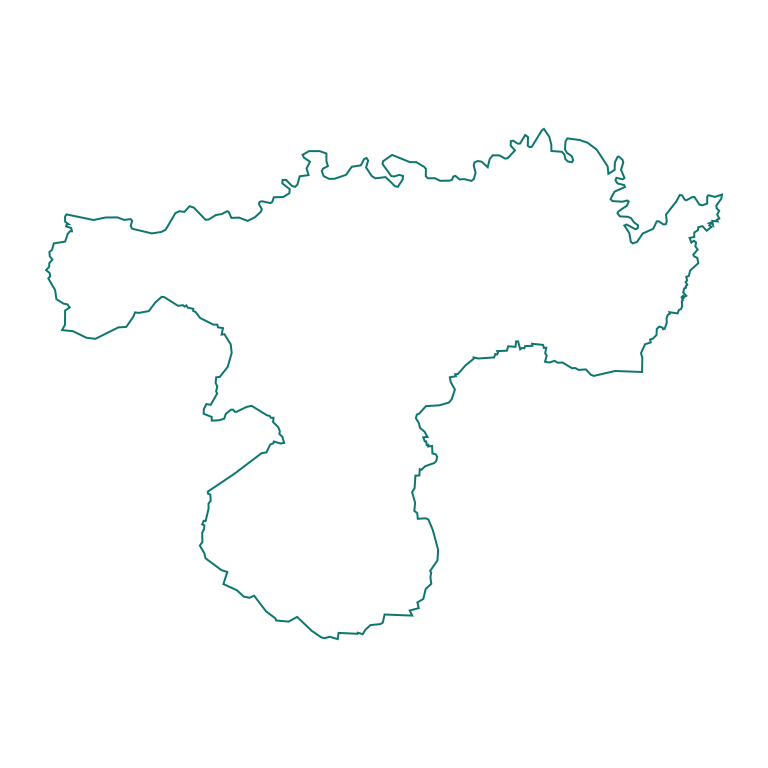 the district of Mueang Maha Sarakham, Maha Sarakham, Thailand
{"feature_id": "78962969B99626144769270", "entity_name": "Mueang Maha Sarakham", "entity_type": "district", "adm_level": 2, "iso_a3": "THA", "parent_name": "Thailand", "parent_adm1": "Maha Sarakham", "projection": "orthographic", "projection_center": [103.336, 16.105], "detail": "fine", "context": "isolated", "style": "outline", "palette": "teal", "viewbox_px": 768, "rotation_deg": 0, "n_neighbors": 0, "source": "geoboundaries", "source_scale": "gbopen_adm2", "svg_char_len": 6093}
<svg xmlns="http://www.w3.org/2000/svg" viewBox="0 0 768 768"><path d="M275.4,618.4L276.2,620.5L288.6,621.6L297.1,616.9L311.8,630.9L321.5,637.5L324.7,638.1L329.8,636.8L337.7,639.1L338.6,632.9L357.5,633.8L357.8,632.7L362.7,634.2L365.3,629.9L370.4,625.1L380.4,624.1L382.8,622.6L384.6,614.5L412.2,615.6L409.7,610.5L418.7,608.2L417.4,602.4L423.3,599.0L425.7,588.9L431.3,583.8L430.4,577.2L431.2,572.7L430.1,571.0L437.5,560.3L438.1,549.7L432.8,530.0L428.4,519.5L425.6,518.3L417.8,518.8L417.2,513.0L414.3,510.9L415.1,502.7L412.1,492.2L414.6,488.1L415.4,475.6L419.3,475.5L419.8,469.2L421.3,469.8L425.4,466.1L434.3,463.0L436.3,460.9L437.2,456.9L435.7,454.3L432.4,453.4L432.1,446.0L428.2,446.5L428.3,444.7L426.7,445.1L426.2,441.4L424.8,441.4L423.2,437.3L427.5,437.0L424.7,431.9L420.0,427.9L418.9,423.2L415.9,418.2L416.8,414.6L419.2,413.6L426.0,406.1L439.4,405.3L448.8,402.6L451.6,399.4L454.9,389.6L450.7,382.0L449.8,377.3L455.9,376.2L455.2,374.2L457.8,374.1L465.7,365.2L473.6,358.8L473.6,357.4L478.3,358.5L494.2,357.4L495.3,354.0L497.1,354.5L498.0,352.7L497.2,351.1L506.9,350.7L508.2,346.3L515.5,346.8L516.1,341.4L518.1,341.4L520.2,349.3L521.9,347.9L524.3,348.3L525.1,346.1L532.4,345.8L532.1,343.8L543.0,344.9L543.9,347.9L546.2,347.7L545.2,353.3L546.7,355.5L545.0,361.8L549.5,362.5L554.5,360.8L557.6,362.7L562.6,362.5L572.1,368.3L575.2,368.0L578.6,369.9L585.9,369.4L590.9,374.8L593.9,375.9L615.0,371.0L642.1,372.0L642.3,357.8L641.0,353.1L645.1,344.2L650.7,342.5L650.2,339.5L653.1,338.5L656.5,335.0L656.8,329.0L659.2,326.6L662.6,327.6L663.1,329.2L664.7,328.8L666.8,322.5L666.5,318.7L667.8,314.8L669.9,313.7L669.4,312.2L677.6,313.4L678.9,310.0L681.0,309.1L682.2,306.3L681.8,301.2L682.9,300.2L682.1,298.9L683.1,298.3L681.7,297.1L683.1,295.8L683.9,297.2L686.3,295.8L683.2,292.5L684.2,288.4L686.0,287.7L685.7,286.2L687.3,284.8L685.6,282.0L687.1,280.5L686.3,276.8L688.8,276.0L690.2,270.4L698.3,263.2L697.3,257.9L694.2,256.4L693.3,254.6L697.7,249.6L695.3,246.3L696.1,242.5L694.0,240.7L691.4,242.6L689.6,237.9L694.2,237.0L694.3,232.5L697.9,230.2L698.3,227.2L702.4,226.1L706.6,230.7L711.6,226.9L709.3,225.4L710.2,223.6L709.2,223.2L710.8,222.6L713.0,224.9L712.3,220.9L717.6,221.4L716.8,219.9L719.3,218.6L717.2,214.5L719.2,210.8L716.7,208.4L716.3,205.7L721.4,198.5L721.9,194.6L715.1,196.9L708.3,195.2L707.2,196.8L707.2,203.5L702.5,205.3L699.5,204.7L694.5,197.1L692.5,197.0L686.3,200.3L684.5,199.5L682.2,195.4L679.7,195.1L676.2,201.6L666.0,214.6L666.8,221.5L665.8,224.2L663.3,224.4L658.8,221.3L656.8,221.3L653.2,228.8L642.7,233.5L637.0,242.0L632.7,243.4L630.8,241.7L629.3,233.1L624.4,225.5L626.7,224.5L635.4,229.2L637.7,228.2L638.0,225.2L634.0,222.4L631.2,218.3L628.0,216.8L619.9,216.4L617.5,213.2L618.5,211.3L627.0,205.6L628.7,201.5L627.4,200.5L622.2,201.7L612.5,201.1L610.5,199.1L614.6,191.6L625.0,187.0L624.2,185.1L617.5,183.4L615.5,180.3L616.4,177.8L622.7,179.3L624.5,178.0L621.0,169.8L623.3,162.5L622.5,159.8L618.9,156.6L617.6,156.8L614.9,162.3L614.6,170.0L608.4,173.8L607.6,166.3L596.7,149.6L587.5,142.7L579.7,140.0L567.4,138.4L565.5,141.5L565.0,149.4L566.9,152.8L571.8,156.2L573.2,160.2L571.9,162.2L568.0,161.5L565.4,159.1L564.4,154.6L562.0,151.8L551.4,151.0L551.3,144.7L549.3,136.8L543.9,128.9L541.9,130.3L531.8,146.8L529.8,147.2L527.8,145.8L528.0,137.1L525.2,135.0L520.1,143.5L517.7,143.7L513.3,140.7L510.8,141.2L510.7,145.7L515.0,150.4L507.5,158.3L505.2,158.6L499.4,155.4L492.7,155.3L489.7,159.1L487.7,167.2L481.6,161.7L477.8,161.0L474.5,162.4L473.7,165.4L475.6,172.8L473.8,179.0L471.4,180.9L464.3,179.1L459.5,179.4L455.4,175.9L453.4,176.5L452.0,179.7L449.9,180.6L440.2,180.8L434.8,178.2L428.0,178.3L425.8,176.3L425.9,169.0L424.3,166.9L416.2,162.1L409.8,162.1L392.1,154.9L383.0,161.3L382.6,164.1L391.2,176.0L394.1,176.5L399.2,174.9L403.0,175.9L402.7,179.5L397.8,186.8L395.0,186.2L385.6,177.1L375.5,178.3L371.7,176.0L366.1,167.5L368.1,160.5L366.5,158.0L364.0,159.2L360.9,165.3L351.7,166.8L346.1,174.8L334.8,178.7L329.1,178.9L323.7,176.1L321.8,171.3L322.9,168.7L327.9,166.1L326.4,161.0L326.4,153.5L319.6,151.1L309.1,151.1L302.6,154.8L303.9,157.6L310.0,161.7L306.6,168.4L308.5,175.1L299.7,176.3L297.4,184.7L295.0,186.9L291.8,185.8L286.2,180.0L282.6,179.9L282.3,183.3L289.8,189.3L289.3,193.3L283.2,197.0L273.8,197.3L272.3,201.9L270.4,203.1L262.3,201.3L259.7,201.8L258.9,204.0L261.8,209.2L260.9,211.7L255.0,217.2L247.7,220.9L239.0,217.6L231.4,217.9L228.8,212.1L227.2,211.2L221.7,214.1L215.9,215.0L208.7,219.5L205.6,219.8L193.8,207.6L189.6,206.2L184.4,211.9L179.4,211.2L175.4,213.1L165.6,229.8L161.2,232.0L151.8,233.4L132.1,228.7L130.7,225.9L132.2,220.8L130.6,219.1L124.1,219.9L117.5,217.4L105.6,217.5L93.5,220.0L66.5,214.4L65.1,216.6L65.1,221.6L68.4,224.1L66.9,224.0L66.1,226.4L71.2,228.0L71.9,231.3L69.9,231.3L67.7,233.9L65.1,241.6L53.8,243.4L52.0,249.8L49.4,252.0L49.8,256.3L52.4,259.6L49.3,263.1L49.2,266.8L46.1,270.1L49.7,273.1L50.2,276.2L48.3,278.4L55.1,290.1L56.4,299.1L63.4,303.6L67.4,304.4L69.7,307.5L65.1,310.5L65.0,324.7L62.1,330.1L73.0,331.2L86.5,337.8L95.5,338.8L118.3,327.4L126.3,326.9L133.5,316.4L135.0,312.4L138.9,312.9L148.8,311.1L155.3,302.5L161.7,296.8L164.4,297.2L178.0,305.8L182.9,305.2L184.6,306.6L186.3,305.4L187.8,307.7L193.2,308.8L193.1,310.8L195.7,312.1L200.1,318.0L213.3,324.6L217.3,324.6L217.9,327.3L223.0,328.1L221.6,334.6L224.4,334.2L230.7,344.3L231.7,352.9L227.7,366.9L219.8,376.9L216.2,377.3L215.6,382.9L217.3,386.6L216.1,391.4L217.2,393.5L210.7,404.8L206.4,404.1L203.8,409.2L203.7,413.8L211.6,416.9L211.8,420.6L218.9,420.3L224.2,418.7L225.8,413.8L231.0,409.7L233.1,409.7L234.9,411.9L236.7,411.7L246.4,407.0L251.6,405.8L267.3,415.5L269.5,415.7L270.9,417.8L273.5,417.8L273.1,422.1L278.3,427.2L279.8,431.0L279.4,434.0L282.3,436.7L284.2,442.9L280.5,443.5L273.8,441.5L273.4,443.3L270.3,444.5L266.3,452.5L261.7,453.1L234.5,473.7L207.8,491.6L208.0,493.6L210.3,494.6L210.7,500.7L208.5,503.7L208.6,508.6L205.6,521.1L203.7,520.8L202.2,524.4L204.3,525.3L204.1,528.9L202.2,532.7L202.4,542.0L199.8,545.6L204.3,553.2L205.5,558.3L221.4,570.1L227.3,572.0L223.4,584.1L236.8,590.2L243.8,596.6L249.5,597.8L254.1,595.7L266.1,611.4L275.4,618.4Z" fill="none" stroke="#0f766e" stroke-width="2"/></svg>